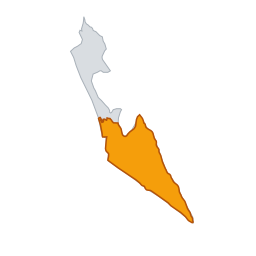 HaDarom on a map of Israel (Equal Earth projection), rotated 322°
{"feature_id": "ISR-3053", "entity_name": "HaDarom", "entity_type": "District", "adm_level": 1, "iso_a3": "ISR", "parent_name": "Israel", "parent_adm1": "", "projection": "equal_earth", "projection_center": [34.85, 30.684], "detail": "fine", "context": "in_parent", "style": "filled", "palette": "amber", "viewbox_px": 256, "rotation_deg": 322, "n_neighbors": 0, "source": "natural_earth", "source_scale": "10m", "svg_char_len": 4112}
<svg xmlns="http://www.w3.org/2000/svg" viewBox="0 0 256 256"><g transform="rotate(322 128 128)"><path d="M161.7,13.1L160.6,16.2L159.6,17.8L159.3,20.3L160.0,22.3L160.3,25.0L161.1,25.8L161.4,27.6L160.7,29.4L161.1,30.8L162.0,32.2L162.6,37.7L163.9,40.3L161.9,44.3L161.5,47.5L159.5,52.4L157.2,52.8L151.9,55.5L151.1,56.3L150.2,57.9L150.0,59.1L149.3,72.1L146.4,71.7L142.8,68.9L142.1,66.4L141.0,65.6L138.5,65.3L133.7,64.0L128.1,68.3L125.7,75.4L125.2,78.7L123.3,85.7L124.0,90.0L124.3,95.6L124.8,100.1L124.3,102.9L123.2,104.3L123.5,105.4L124.5,105.7L127.6,104.5L130.8,105.7L133.9,108.1L134.2,109.6L132.0,110.5L126.8,114.1L123.1,118.2L122.2,122.1L119.7,130.2L120.0,131.9L121.2,132.9L129.7,132.0L137.4,128.7L143.2,125.2L145.0,125.4L143.8,134.4L142.9,139.9L143.2,140.9L144.6,145.7L142.1,154.5L139.4,161.6L138.4,165.0L135.7,172.6L133.0,181.3L131.5,187.4L131.8,189.5L131.1,200.6L131.5,203.8L128.3,213.4L127.7,218.2L126.4,224.7L124.1,238.3L121.1,242.9L119.6,237.8L116.1,223.2L113.6,213.2L110.2,200.9L104.6,185.9L104.1,182.3L102.8,177.1L98.9,163.5L95.8,153.7L92.1,141.2L96.7,136.3L96.8,132.2L104.5,122.7L104.4,121.8L102.4,119.3L102.6,118.8L111.2,101.1L116.7,83.7L121.8,59.4L125.5,47.1L128.6,39.0L129.9,32.2L134.9,31.8L138.6,32.5L143.1,32.7L146.6,30.2L148.3,22.6L150.4,21.4L151.4,23.2L152.5,21.2L157.1,17.9L159.4,15.7L161.7,13.1Z" fill="#d9dde1" stroke="#a8b0b8" stroke-width="1"/><path d="M92.3,141.1L93.0,140.3L95.2,138.4L96.8,136.5L96.9,135.5L96.6,133.5L96.6,132.5L97.5,130.5L102.5,125.1L103.1,124.5L104.6,123.0L105.8,121.9L104.2,120.8L102.5,119.4L102.9,118.4L104.0,116.8L107.9,109.2L108.2,108.7L110.6,102.4L110.8,102.4L111.2,102.2L111.3,102.2L111.7,102.2L112.0,102.4L112.3,102.4L112.5,102.4L112.6,102.5L112.6,102.8L112.6,103.0L112.4,103.2L112.4,103.3L112.4,103.8L112.4,104.0L112.3,104.7L112.3,104.8L112.2,104.9L111.8,104.9L111.5,104.8L111.3,104.7L111.2,104.8L111.0,105.0L111.0,105.3L111.0,105.5L111.5,105.9L111.7,106.2L111.7,106.3L111.6,106.5L111.4,106.7L111.2,106.8L111.0,107.0L110.9,107.1L110.9,107.3L110.9,107.5L111.0,107.5L112.0,107.9L112.4,107.9L112.8,107.5L113.0,107.4L113.3,107.2L113.2,107.0L113.1,106.9L113.1,106.7L112.9,106.5L112.7,106.4L112.8,106.3L113.6,106.2L113.8,105.9L114.1,106.0L114.9,106.5L115.0,106.6L115.2,106.9L115.3,107.2L115.6,108.2L115.7,108.4L115.7,108.5L115.9,108.7L116.3,108.5L117.7,107.2L118.9,108.9L119.3,109.3L119.6,109.3L119.7,109.5L119.7,109.9L119.7,110.1L119.6,110.3L119.6,110.5L119.8,111.2L119.8,111.5L119.8,111.8L119.7,112.1L119.6,112.3L119.7,113.2L119.6,113.5L119.7,114.0L119.7,114.6L119.7,114.9L120.1,115.3L123.2,117.9L122.5,119.4L122.3,121.0L122.3,122.6L122.0,124.5L120.1,128.3L119.4,130.3L119.9,132.2L120.9,133.1L122.1,133.3L123.3,133.0L124.4,132.6L127.0,132.2L132.5,132.3L135.1,131.2L139.8,126.6L142.4,125.0L145.3,124.7L145.3,128.1L145.3,128.7L145.1,130.0L144.3,132.3L143.5,134.0L143.9,134.5L143.8,135.7L143.2,136.9L142.6,138.4L142.9,140.0L143.3,141.5L143.8,142.6L144.4,144.1L144.7,145.7L144.5,147.4L142.5,152.0L142.2,153.7L142.2,155.6L141.7,156.6L140.5,158.0L140.0,158.5L139.4,159.9L139.3,161.2L139.3,162.5L139.2,163.8L138.9,164.4L138.2,165.1L137.9,165.6L137.6,166.3L137.4,167.0L137.2,168.4L136.9,169.8L134.3,175.9L132.4,183.0L132.2,184.4L131.5,186.8L131.5,188.2L131.7,188.8L132.3,190.0L132.4,190.9L132.3,191.7L132.1,192.3L131.8,192.9L131.5,193.7L131.1,196.7L130.8,197.7L130.8,199.4L131.7,203.0L131.7,204.9L131.0,206.8L129.1,210.1L128.6,212.4L128.6,213.1L128.4,213.7L128.2,214.1L128.0,214.6L127.7,216.6L127.7,220.2L127.5,221.4L125.4,227.8L125.1,229.3L124.9,232.6L124.4,234.1L123.9,235.2L123.5,236.5L123.4,238.1L123.2,238.9L122.9,239.4L122.1,240.5L121.8,241.2L121.6,241.6L121.5,242.0L121.4,242.2L121.0,242.2L120.6,242.2L120.3,242.2L119.9,241.3L118.9,238.9L118.6,237.5L118.7,233.4L117.6,227.3L115.8,221.8L113.9,215.6L113.6,212.4L113.6,212.1L113.6,211.7L113.5,211.4L113.4,211.1L111.7,205.4L109.1,196.7L107.6,191.9L107.2,191.0L104.8,188.6L104.5,188.0L104.4,187.4L104.4,186.3L104.9,184.6L104.9,183.8L104.4,183.1L103.7,182.0L103.5,181.0L103.4,178.5L102.4,173.9L99.7,165.7L97.5,158.9L95.8,153.8L94.4,148.8L92.7,142.7L92.3,141.1Z" fill="#f59e0b" stroke="#b45309" stroke-width="1.5"/></g></svg>